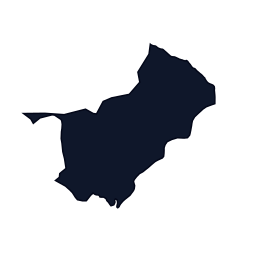 Rehaid Albirdi, Southern Darfur, Sudan (Natural Earth projection), rotated 162°
{"feature_id": "16777658B32181362177213", "entity_name": "Rehaid Albirdi", "entity_type": "district", "adm_level": 2, "iso_a3": "SDN", "parent_name": "Sudan", "parent_adm1": "Southern Darfur", "projection": "natural_earth1", "projection_center": [23.455, 11.002], "detail": "fine", "context": "isolated", "style": "filled", "palette": "ink", "viewbox_px": 256, "rotation_deg": 162, "n_neighbors": 0, "source": "geoboundaries", "source_scale": "gbopen_adm2", "svg_char_len": 2651}
<svg xmlns="http://www.w3.org/2000/svg" viewBox="0 0 256 256"><g transform="rotate(162 128 128)"><path d="M189.8,71.9L184.2,75.7L183.0,76.1L181.4,77.0L180.2,75.4L178.9,74.3L177.7,73.8L176.6,73.3L176.1,72.2L176.0,71.1L175.0,70.6L172.5,69.8L170.7,67.6L170.5,65.4L169.5,63.4L168.8,60.9L168.2,59.3L167.5,59.3L166.5,59.3L165.3,59.3L164.4,60.1L163.3,61.5L163.0,63.5L162.3,64.3L161.6,64.3L160.7,63.1L160.7,61.4L161.2,59.5L162.0,58.3L162.8,56.9L162.9,55.9L162.4,55.3L160.9,55.9L159.7,57.2L158.6,58.1L155.7,59.9L153.1,61.1L149.6,62.4L147.2,63.3L146.5,63.7L144.6,65.1L143.1,66.1L142.5,66.6L141.8,67.2L141.1,68.0L140.8,68.4L140.0,70.1L139.5,71.1L139.4,74.0L139.3,75.2L139.1,75.8L138.8,76.2L137.6,77.3L134.8,79.2L133.0,80.1L131.2,81.1L130.1,81.3L127.9,81.7L127.5,81.8L126.6,82.1L123.0,83.5L121.8,83.9L120.1,84.6L116.9,86.0L113.7,87.3L112.7,87.7L110.3,88.2L110.2,88.2L109.0,88.4L104.6,88.9L102.9,90.0L102.0,92.0L101.8,92.4L101.3,93.7L100.6,95.6L99.9,97.8L99.7,98.2L99.1,99.0L98.4,100.0L97.9,100.6L97.6,100.9L95.0,102.9L89.8,103.6L86.4,103.5L84.1,103.5L77.7,101.1L74.4,100.4L71.6,102.2L70.7,103.6L69.8,105.2L69.4,105.9L69.1,106.4L68.2,108.1L67.8,108.9L67.0,110.3L65.9,112.6L64.5,115.1L62.6,116.8L61.3,118.0L58.0,119.6L56.1,120.5L55.4,120.8L52.7,122.0L51.1,122.8L47.1,124.0L43.5,124.2L42.8,124.2L40.6,124.3L38.3,124.3L38.0,124.3L37.9,124.3L37.2,126.4L35.8,130.6L35.3,132.5L34.7,135.1L34.2,137.4L33.6,138.7L33.2,140.6L33.7,142.1L34.4,142.9L35.2,143.6L36.2,144.4L37.6,145.7L38.3,146.8L38.7,147.7L39.0,148.5L39.4,150.1L39.6,150.9L39.6,151.8L40.1,152.6L40.2,152.8L41.3,155.3L42.0,156.5L42.8,157.6L43.7,159.2L44.9,161.1L46.0,163.6L46.8,164.3L47.5,164.7L48.2,165.7L48.6,166.9L49.0,168.1L49.2,169.0L49.9,170.6L50.3,171.6L50.6,172.8L51.3,173.9L51.8,174.2L52.3,174.0L53.2,174.2L53.9,174.8L54.3,174.9L55.0,175.6L55.5,176.0L56.2,176.4L56.6,176.6L57.0,177.0L57.7,177.4L58.3,178.0L59.2,178.9L59.8,179.4L60.3,179.9L61.4,180.9L62.2,181.4L62.8,181.6L63.6,181.9L64.5,182.4L65.3,183.0L70.4,191.7L71.0,192.3L72.4,192.9L73.5,193.7L75.0,195.1L75.6,196.1L76.4,197.3L77.2,197.8L78.4,198.3L79.3,199.0L80.7,200.3L80.9,200.7L81.1,200.3L85.2,191.7L101.3,178.1L102.6,167.9L116.4,159.6L134.2,161.7L143.4,160.9L153.6,151.1L156.6,152.5L162.6,159.0L184.6,160.4L202.7,167.7L222.8,174.0L217.6,166.6L216.6,161.7L208.6,164.8L196.2,164.0L193.9,163.0L189.0,156.8L188.8,155.2L189.4,151.8L191.0,147.8L192.4,145.0L194.8,138.5L195.4,134.3L197.3,125.5L197.8,118.4L199.4,108.7L204.6,106.7L207.0,105.7L208.5,102.3L213.2,100.5L205.3,92.0L204.0,89.7L202.4,87.0L201.5,85.1L200.8,83.8L199.4,78.3L198.2,75.4L193.7,72.8L190.8,71.9L190.2,71.7L189.8,71.9Z" fill="#0f172a" stroke="#020617" stroke-width="1.5"/></g></svg>